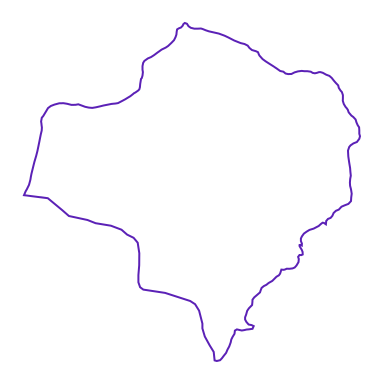 the district of North Tongoa, Shefa, Vanuatu
{"feature_id": "77236927B34158198253981", "entity_name": "North Tongoa", "entity_type": "district", "adm_level": 2, "iso_a3": "VUT", "parent_name": "Vanuatu", "parent_adm1": "Shefa", "projection": "orthographic", "projection_center": [168.569, -16.896], "detail": "fine", "context": "isolated", "style": "outline", "palette": "violet", "viewbox_px": 384, "rotation_deg": 0, "n_neighbors": 0, "source": "geoboundaries", "source_scale": "gbopen_adm2", "svg_char_len": 3594}
<svg xmlns="http://www.w3.org/2000/svg" viewBox="0 0 384 384"><path d="M24.0,195.2L47.8,198.2L62.4,210.3L68.9,216.0L87.5,220.0L95.6,223.2L110.9,225.7L121.5,229.7L127.1,234.6L133.6,237.8L137.7,242.7L139.3,253.2L139.2,265.3L138.4,275.1L138.4,282.3L140.1,287.2L143.3,289.6L165.1,292.9L190.2,301.0L195.1,304.2L199.1,310.7L202.4,323.6L202.4,328.4L204.8,336.5L209.7,345.4L213.7,351.9L214.6,360.4L216.8,361.0L220.1,360.2L221.9,358.3L223.7,355.9L226.1,352.9L227.5,349.6L229.2,346.5L230.7,342.4L231.3,339.5L232.7,336.7L234.5,333.8L234.9,330.6L236.9,329.4L239.5,330.0L241.8,330.5L244.2,330.1L246.8,329.5L248.5,329.4L252.5,328.8L253.7,326.1L251.6,325.1L248.6,324.5L246.3,321.8L245.1,319.5L245.1,317.3L246.1,314.7L247.2,310.8L248.9,308.3L252.1,305.0L252.4,302.0L252.5,299.7L254.2,297.4L257.0,295.0L260.0,292.4L260.6,290.5L261.6,287.9L263.8,286.1L266.4,284.8L268.6,283.0L272.3,280.9L274.3,278.9L276.5,276.7L278.9,275.3L280.1,273.6L280.8,271.4L281.4,269.6L283.4,269.8L284.7,269.6L286.8,268.7L289.3,268.8L292.6,268.4L294.7,267.5L296.5,265.5L298.5,262.1L298.8,259.0L298.1,256.9L299.5,255.0L301.3,255.1L302.7,254.5L302.6,252.0L301.8,249.9L300.7,248.1L299.9,246.7L299.5,245.9L299.6,245.0L300.7,244.9L301.8,245.5L301.9,243.5L300.9,241.1L300.9,238.5L301.9,236.4L303.9,233.6L306.7,231.6L309.5,229.9L313.7,228.6L317.3,226.7L318.7,226.0L319.1,225.6L321.0,223.9L322.6,222.7L323.9,222.9L325.9,224.3L326.0,223.4L326.2,221.0L328.0,218.9L330.6,217.9L332.4,215.8L333.6,213.0L335.9,210.8L338.8,209.6L341.5,206.7L344.5,205.4L348.4,203.9L351.0,201.1L351.2,197.6L351.7,193.7L351.2,190.5L351.0,189.3L350.1,185.8L349.9,182.6L350.2,178.9L350.8,175.7L350.4,171.9L350.1,168.0L349.2,162.6L348.3,156.4L348.0,150.6L349.0,147.6L349.2,147.0L350.7,145.2L351.1,145.0L353.4,143.4L356.9,142.0L359.3,138.8L360.0,136.2L359.3,133.8L359.3,130.3L359.1,127.3L357.7,125.2L356.5,122.5L355.6,119.5L353.3,117.0L351.4,115.6L348.7,112.4L347.8,109.8L346.7,108.2L345.6,107.0L343.8,104.0L342.8,100.8L342.9,98.2L342.9,95.1L341.9,92.1L340.5,90.5L338.8,87.9L338.2,85.4L335.8,82.9L333.9,80.7L331.7,77.9L329.4,75.9L326.2,74.7L322.8,72.8L320.4,72.1L319.1,72.1L317.1,72.8L314.9,73.3L312.7,72.9L310.8,71.7L307.3,71.2L304.5,71.2L301.7,70.9L297.9,71.4L294.5,72.4L291.4,74.0L290.1,74.0L288.2,74.1L287.3,73.9L285.5,73.5L283.4,71.7L280.2,71.0L277.1,68.8L273.1,66.1L269.3,63.7L265.6,61.3L262.6,59.1L259.4,55.5L258.8,54.3L258.0,52.2L255.9,51.2L251.9,50.0L249.4,47.9L247.7,45.6L244.5,44.0L240.7,43.1L234.2,40.5L228.4,37.5L224.6,35.7L218.9,33.6L218.5,33.5L213.2,32.3L208.8,31.3L205.8,30.3L202.6,29.0L200.9,28.5L197.2,28.7L194.4,28.7L190.8,27.8L188.5,26.2L187.0,23.8L184.7,23.0L183.4,24.1L182.7,25.7L181.0,27.5L178.7,28.4L177.1,29.4L176.7,31.6L176.4,34.6L175.5,37.2L174.0,40.2L171.4,42.9L168.1,46.0L165.7,47.6L161.6,49.6L159.0,51.5L157.7,52.4L154.1,55.1L151.0,57.1L147.9,58.4L144.4,60.9L143.2,62.8L142.5,66.1L142.5,69.7L142.9,72.1L142.5,75.6L141.8,78.0L141.0,79.0L140.8,80.3L140.2,84.0L139.9,87.3L139.3,89.4L138.1,90.6L136.8,91.5L135.4,92.5L134.8,92.8L134.0,93.2L133.1,94.0L131.7,95.1L130.3,96.2L128.3,97.4L125.2,99.3L122.6,100.7L118.0,103.1L115.7,103.5L111.6,103.9L107.6,104.7L103.5,105.5L99.9,106.4L95.9,107.3L92.3,107.9L88.8,107.6L85.1,106.8L81.6,105.5L78.3,104.3L75.6,104.8L71.5,104.9L67.2,103.8L63.5,103.2L59.2,103.3L54.4,104.6L50.8,106.0L48.0,108.1L46.4,110.8L43.2,116.1L41.8,117.7L41.1,121.5L41.5,124.1L41.5,124.6L41.9,127.6L41.7,130.6L40.8,134.3L39.8,139.3L39.5,140.9L38.5,145.8L37.4,151.1L36.2,155.8L34.4,161.9L33.1,167.1L31.5,173.6L30.9,176.6L30.4,179.7L29.0,184.9L27.6,187.7L27.1,188.8L25.6,191.4L24.0,195.2Z" fill="none" stroke="#5b21b6" stroke-width="2"/></svg>